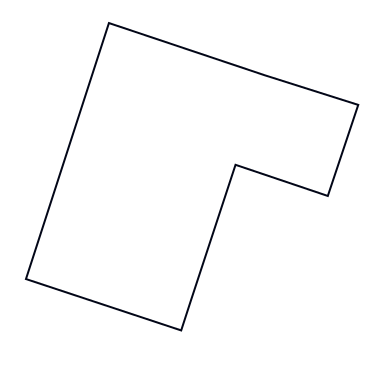 Elbert, Colorado, United States of America (Equal Earth projection), rotated 288°
{"feature_id": "52423323B30628973159392", "entity_name": "Elbert", "entity_type": "district", "adm_level": 2, "iso_a3": "USA", "parent_name": "United States of America", "parent_adm1": "Colorado", "projection": "equal_earth", "projection_center": [-104.244, 39.217], "detail": "fine", "context": "isolated", "style": "outline", "palette": "ink", "viewbox_px": 384, "rotation_deg": 288, "n_neighbors": 0, "source": "geoboundaries", "source_scale": "gbopen_adm2", "svg_char_len": 277}
<svg xmlns="http://www.w3.org/2000/svg" viewBox="0 0 384 384"><g transform="rotate(288 192 192)"><path d="M57.9,61.0L57.0,224.5L88.7,224.5L231.3,225.0L230.2,322.4L326.2,323.2L325.5,224.9L327.0,60.8L63.2,61.0L57.9,61.0Z" fill="none" stroke="#020617" stroke-width="2"/></g></svg>